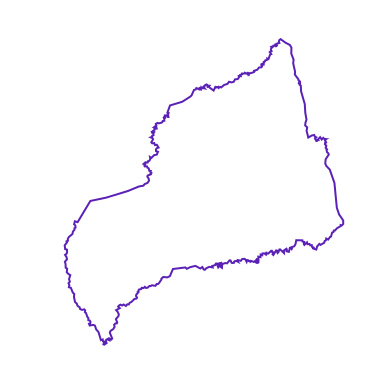 Sak Lek, Phichit, Thailand (Albers equal-area conic projection), rotated 346°
{"feature_id": "78962969B74597047667398", "entity_name": "Sak Lek", "entity_type": "district", "adm_level": 2, "iso_a3": "THA", "parent_name": "Thailand", "parent_adm1": "Phichit", "projection": "albers", "projection_center": [100.505, 16.509], "detail": "fine", "context": "isolated", "style": "outline", "palette": "violet", "viewbox_px": 384, "rotation_deg": 346, "n_neighbors": 0, "source": "geoboundaries", "source_scale": "gbopen_adm2", "svg_char_len": 5967}
<svg xmlns="http://www.w3.org/2000/svg" viewBox="0 0 384 384"><g transform="rotate(346 192 192)"><path d="M91.2,176.1L73.7,193.6L71.3,192.1L69.8,194.8L70.7,196.2L70.4,198.3L69.2,198.7L68.9,200.1L66.8,201.7L65.9,203.8L61.6,205.9L60.1,207.5L59.9,209.2L58.3,209.5L58.5,210.7L55.6,212.9L55.1,216.8L56.7,217.6L56.3,220.1L55.3,221.6L53.6,222.3L54.5,224.7L54.4,227.1L51.8,228.9L51.9,231.3L51.1,234.9L52.3,236.1L51.1,239.6L52.3,241.7L53.8,243.2L51.6,246.8L51.8,249.5L50.1,250.6L50.5,252.6L49.5,254.6L51.3,255.7L52.0,260.8L53.1,262.5L52.1,265.2L51.9,270.5L53.2,272.3L53.4,274.8L55.1,276.7L55.1,278.5L56.9,279.8L59.1,279.8L59.7,281.0L59.0,282.7L59.8,283.6L60.3,288.1L60.9,289.0L60.4,291.3L61.8,292.1L62.1,293.4L61.4,295.0L60.2,294.9L60.4,296.8L64.2,297.1L65.5,298.2L65.8,302.2L67.4,305.3L67.8,313.7L69.7,313.5L69.5,315.4L70.7,316.5L69.2,318.3L69.8,318.9L72.6,317.9L72.2,315.4L73.1,314.6L74.6,314.2L74.6,314.9L76.1,316.0L76.5,314.3L77.9,315.7L79.1,314.9L78.2,308.6L79.3,307.1L82.5,305.9L84.3,304.1L84.3,302.0L85.9,301.0L87.3,301.3L87.9,300.5L87.4,296.9L90.5,294.7L91.4,293.1L90.8,290.0L89.8,288.3L93.8,287.2L92.6,285.3L93.9,284.4L95.3,284.0L96.7,285.2L98.4,284.6L100.3,286.6L102.0,285.3L103.4,285.8L104.8,284.4L106.7,284.0L110.2,281.9L112.6,281.9L113.1,281.0L112.5,279.3L113.2,278.0L114.8,277.1L115.0,276.0L116.0,276.0L116.2,274.6L117.0,273.8L119.3,273.9L120.0,272.8L121.8,273.5L123.3,272.6L124.2,274.0L125.8,274.1L128.0,272.9L129.1,273.3L130.6,272.8L133.8,274.2L135.5,272.7L136.5,273.1L137.7,272.6L141.2,269.5L141.4,268.6L143.6,267.5L147.5,268.9L150.2,268.3L154.9,262.1L167.3,263.6L168.4,265.3L171.9,264.5L177.4,264.5L181.5,268.2L183.9,267.3L184.6,270.0L185.6,270.6L187.4,269.4L190.7,268.8L193.8,270.2L193.7,268.7L196.7,268.5L197.9,267.2L199.7,267.7L198.8,268.5L199.2,271.5L200.1,270.8L201.1,267.8L203.3,267.8L203.4,268.4L201.1,270.9L202.7,272.8L203.6,270.0L204.5,269.2L207.1,269.0L208.8,269.7L211.9,267.4L212.8,267.7L213.3,270.3L214.1,270.7L215.7,270.8L216.1,269.7L216.8,269.5L218.3,269.6L219.7,270.8L219.3,269.5L219.8,269.0L222.7,270.6L224.5,269.2L226.6,269.5L227.4,270.1L228.1,273.0L229.1,271.4L230.0,271.8L230.3,272.7L231.8,272.9L231.8,273.8L233.1,273.4L235.0,274.8L235.9,274.4L237.4,276.3L238.6,276.7L239.4,276.4L239.5,275.4L237.6,273.7L238.6,272.8L240.1,273.9L240.7,270.8L242.7,271.8L243.5,269.3L244.9,270.3L245.5,268.7L247.2,269.0L248.6,270.6L249.6,268.1L249.7,269.9L251.1,270.2L254.5,268.2L255.2,268.4L254.8,269.3L256.4,270.2L255.1,271.9L255.7,272.8L259.5,269.0L261.1,269.9L260.1,270.8L260.3,271.9L261.4,271.2L262.9,268.9L263.6,269.0L266.5,273.5L267.0,271.0L269.9,269.9L270.1,271.0L269.4,272.4L271.5,273.5L273.5,269.8L274.2,269.9L274.9,271.5L275.4,270.9L275.0,269.7L278.1,269.4L279.7,267.8L281.5,264.0L287.4,265.6L287.3,266.9L288.8,267.6L287.9,269.5L288.2,270.5L291.4,268.7L291.5,270.6L293.5,270.9L293.8,272.3L295.4,272.6L295.1,274.1L297.3,275.8L295.7,275.5L295.7,276.0L298.7,277.9L300.2,275.1L303.0,273.2L303.9,274.4L308.0,273.2L308.8,271.7L310.2,271.3L311.0,269.6L312.6,271.1L315.3,268.9L316.1,268.9L318.1,265.3L319.5,265.1L320.3,263.7L321.4,264.0L323.8,262.3L328.4,260.9L328.4,260.2L329.2,260.7L331.0,259.6L331.8,256.2L329.3,249.3L328.7,242.4L332.4,217.6L331.1,203.6L328.6,199.1L328.2,196.6L329.6,192.6L333.8,188.7L333.6,187.3L332.7,186.2L332.7,183.6L333.3,183.3L332.4,181.3L333.5,179.8L333.0,178.9L333.2,177.6L332.7,177.5L333.2,176.3L334.1,176.2L333.5,174.1L334.3,173.6L333.7,173.0L334.5,172.9L333.0,172.3L332.4,171.2L330.5,172.4L329.6,169.8L327.1,171.4L327.2,172.2L326.1,171.9L325.8,172.6L325.0,172.6L324.3,169.9L325.8,169.0L324.6,168.0L324.4,166.3L322.1,166.1L318.0,167.3L318.0,160.3L319.4,157.1L317.9,154.8L318.9,152.1L320.6,149.5L321.1,142.5L322.7,133.9L322.2,120.7L323.3,115.1L322.5,114.2L323.0,113.1L322.2,113.0L321.9,112.3L322.6,111.3L323.2,112.0L323.5,111.0L322.4,109.3L322.5,108.4L320.2,102.9L321.1,100.3L321.3,91.7L322.6,88.1L321.8,81.7L323.4,76.0L322.5,73.0L318.9,69.8L314.9,65.1L313.4,65.8L312.5,67.4L312.8,68.5L310.3,68.6L309.6,69.4L309.9,70.3L309.1,70.9L308.4,70.8L308.2,69.2L307.2,70.0L306.4,69.7L306.0,70.3L304.2,70.3L304.7,71.2L303.7,71.5L302.8,73.6L303.3,74.5L301.3,75.1L302.3,77.3L300.9,77.7L298.5,81.3L297.3,80.6L297.1,81.9L295.0,82.0L294.8,82.6L293.2,83.1L293.3,84.0L292.1,84.4L292.3,85.6L291.7,85.5L291.4,84.7L290.4,84.7L289.9,85.5L290.6,86.7L289.6,87.8L287.2,87.4L284.8,89.2L281.6,89.4L281.7,90.2L281.0,90.7L276.9,90.9L276.1,90.4L275.8,91.2L275.4,90.3L275.6,91.4L274.9,91.9L274.4,89.9L273.3,90.3L272.2,89.1L271.7,89.7L269.2,89.2L269.2,89.9L267.1,90.1L267.3,91.4L265.4,90.8L265.4,92.0L263.7,93.5L261.0,93.1L259.1,95.2L256.8,95.2L254.6,94.0L252.5,95.7L249.0,95.9L245.7,97.6L244.7,96.9L243.0,97.5L243.0,96.3L240.6,96.5L240.8,95.9L240.1,95.6L237.5,98.8L234.1,94.7L233.9,93.6L234.6,93.1L233.1,92.6L233.1,93.8L232.6,93.8L232.6,91.6L232.0,91.1L230.2,91.7L228.9,94.0L229.2,94.5L228.5,94.2L228.7,92.6L226.8,93.8L226.3,92.8L225.4,94.7L224.7,93.9L225.0,92.9L224.2,93.0L223.6,94.1L221.4,92.2L220.4,93.4L218.6,93.5L215.0,98.1L213.5,99.0L204.3,102.1L191.6,102.7L187.3,109.1L188.4,109.8L187.5,110.8L187.3,113.5L186.3,113.2L186.0,111.5L184.2,111.2L183.8,113.5L183.3,113.4L183.4,112.2L182.5,113.0L182.8,114.3L182.4,116.2L180.7,116.1L180.0,117.1L178.6,117.4L176.1,117.3L175.2,116.6L173.3,117.2L173.5,118.7L171.4,119.7L173.1,120.0L173.1,121.9L170.8,121.6L170.7,122.6L167.5,123.9L167.7,124.8L169.0,124.3L169.8,124.8L168.6,125.9L168.4,127.6L166.9,127.9L166.6,128.9L165.2,129.0L166.7,130.2L167.0,131.4L164.5,134.0L165.2,135.2L167.2,135.4L167.4,137.5L169.3,137.7L170.3,140.8L168.4,141.0L167.3,141.9L167.0,143.7L168.7,144.7L166.9,147.2L164.1,147.1L160.8,149.1L159.7,147.9L159.6,149.7L158.2,151.4L156.7,151.5L156.1,152.7L154.0,151.9L151.9,153.0L153.3,153.8L152.2,154.9L152.3,155.7L154.5,156.2L154.6,157.5L155.7,158.6L155.7,161.1L157.1,161.6L156.4,163.3L157.2,163.8L156.4,164.9L152.9,165.3L152.4,166.2L153.2,168.7L153.0,170.6L151.1,172.4L147.9,172.9L146.4,174.1L141.8,173.8L130.3,175.5L107.3,176.7L91.2,176.1Z" fill="none" stroke="#5b21b6" stroke-width="2"/></g></svg>